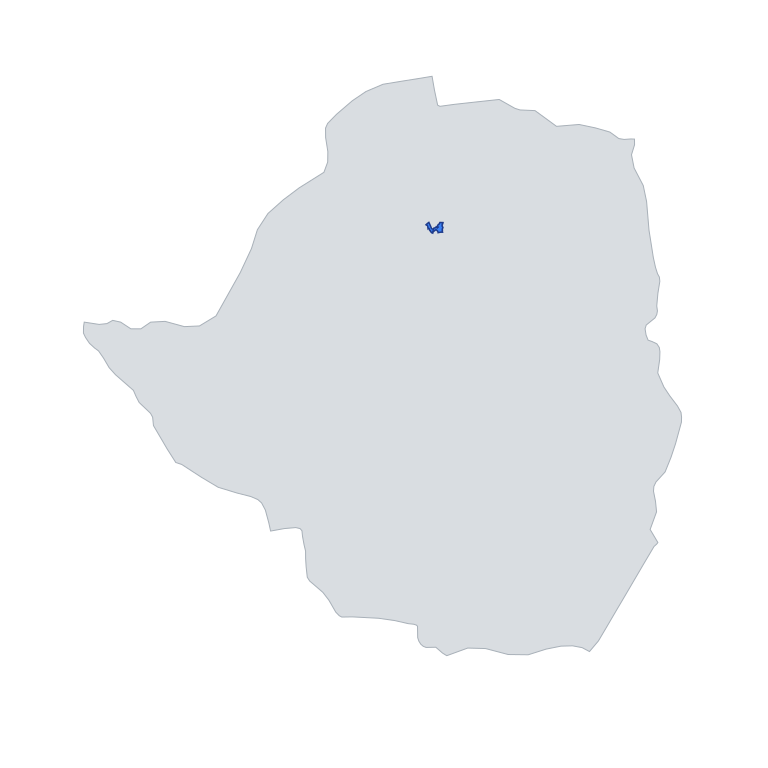 Chinhoyi, Mashonaland West, Zimbabwe shown in context, rotated 351°
{"feature_id": "62879985B33346343467018", "entity_name": "Chinhoyi", "entity_type": "district", "adm_level": 2, "iso_a3": "ZWE", "parent_name": "Zimbabwe", "parent_adm1": "Mashonaland West", "projection": "natural_earth1", "projection_center": [30.145, -17.351], "detail": "fine", "context": "in_parent", "style": "filled", "palette": "blue", "viewbox_px": 768, "rotation_deg": 351, "n_neighbors": 0, "source": "geoboundaries", "source_scale": "gbopen_adm2", "svg_char_len": 3594}
<svg xmlns="http://www.w3.org/2000/svg" viewBox="0 0 768 768"><g transform="rotate(351 384 384)"><path d="M545.1,680.4L538.5,675.4L529.3,672.1L517.8,670.6L502.7,671.2L484.1,674.0L464.3,670.6L443.0,661.2L425.4,657.9L404.3,662.0L403.4,662.1L399.7,658.9L394.0,652.1L384.4,650.8L381.7,649.2L379.6,646.7L378.2,643.4L377.6,639.8L379.2,628.5L378.3,627.2L375.7,625.9L370.5,624.5L357.8,619.4L341.9,614.5L316.0,609.0L305.9,607.6L303.6,605.9L300.7,601.8L295.7,588.8L291.0,580.2L279.8,567.0L278.0,562.9L278.5,552.4L279.3,544.0L280.4,536.8L279.9,530.1L279.7,521.7L280.0,516.1L278.5,513.7L274.4,512.0L262.9,511.2L249.0,511.5L248.5,503.0L247.1,489.9L244.5,482.3L241.3,478.4L234.8,474.3L221.8,468.7L204.1,460.1L189.0,447.5L171.6,431.8L166.1,429.0L159.7,414.3L149.8,389.0L150.3,380.6L148.8,376.4L139.3,364.0L137.2,357.6L135.5,351.1L120.3,332.9L115.1,324.9L111.1,314.7L107.2,306.6L103.9,303.3L99.5,297.8L96.5,291.4L95.1,286.7L96.2,280.4L97.6,276.0L112.0,280.6L119.8,281.0L126.0,278.7L133.6,281.7L142.6,289.9L152.5,291.5L163.2,286.4L177.6,287.9L195.8,296.1L210.8,297.8L228.7,290.5L244.6,270.3L259.5,251.4L274.3,229.5L283.1,211.8L296.1,197.4L313.4,186.3L330.9,177.0L357.8,165.5L363.1,156.0L364.9,145.7L364.9,131.4L366.3,122.1L369.1,117.8L373.5,114.5L379.3,110.2L397.0,99.3L411.9,92.3L429.9,87.8L449.7,87.7L468.8,87.7L479.6,87.6L479.8,101.4L480.6,117.0L482.7,118.5L497.1,118.8L520.1,119.9L542.3,121.0L556.4,132.2L561.2,134.6L575.9,137.6L594.7,156.5L617.3,158.2L632.8,164.1L646.5,170.5L654.3,178.3L659.4,180.0L666.3,180.6L669.7,181.3L668.9,186.9L664.3,196.3L664.8,209.8L671.1,228.5L671.9,244.8L669.8,273.6L669.8,301.4L670.4,311.3L671.4,317.9L672.7,321.5L672.5,325.7L668.7,337.3L665.6,349.6L665.5,354.6L664.3,358.0L662.0,361.1L652.2,366.8L650.5,370.3L650.5,376.6L651.7,382.0L655.4,384.0L659.8,387.0L661.6,391.0L661.6,395.2L660.1,403.0L656.1,415.9L660.0,430.8L664.4,440.4L670.4,451.6L672.9,458.5L672.7,463.4L671.8,468.2L662.6,488.6L656.0,501.3L647.9,514.8L637.3,523.3L634.5,527.4L633.4,532.1L633.8,542.3L633.2,552.9L624.1,569.3L629.7,583.4L628.4,584.7L625.3,586.7L612.2,602.5L599.0,618.6L589.4,630.3L578.4,643.6L566.1,658.6L555.6,671.3L545.1,680.4Z" fill="#d9dde1" stroke="#a8b0b8" stroke-width="1"/><path d="M467.5,233.8L464.5,233.2L463.3,234.8L462.5,235.0L461.2,236.6L462.1,237.5L461.1,238.2L460.6,237.7L460.0,237.0L459.5,237.6L457.5,237.9L457.0,239.1L455.3,237.9L454.7,235.4L454.0,232.8L453.6,231.4L452.0,232.2L450.4,233.3L450.6,233.6L450.8,233.6L451.0,233.7L451.1,233.8L451.3,233.9L451.3,234.0L451.5,234.2L451.5,234.3L451.7,234.5L451.8,234.7L451.8,234.8L451.9,235.0L451.9,235.3L451.9,235.5L451.8,235.8L451.8,236.0L451.8,236.7L451.8,236.8L451.8,237.2L452.0,237.0L452.3,237.0L452.7,237.4L452.8,237.5L452.9,237.8L453.0,238.0L452.8,238.2L453.0,238.8L453.0,239.0L453.3,239.5L453.6,239.6L453.8,239.9L453.8,240.0L453.7,240.4L453.9,240.8L454.1,241.2L454.4,241.5L454.5,241.5L454.7,241.9L455.0,242.0L455.2,242.4L455.5,242.3L455.6,242.2L455.6,242.3L455.8,242.5L456.1,241.9L455.9,241.6L456.3,240.6L457.0,241.0L459.5,239.7L460.5,240.8L461.2,242.3L461.1,243.0L461.5,243.0L463.7,242.9L465.6,243.2L465.6,242.9L465.4,242.7L465.4,242.4L465.5,241.7L465.6,241.4L465.8,241.3L465.8,241.2L465.6,240.9L465.6,240.7L465.9,240.2L465.9,239.8L466.1,239.6L466.2,239.4L466.4,239.1L466.6,239.0L466.7,238.8L466.7,238.7L466.4,237.8L466.4,237.7L466.2,237.4L466.1,237.2L466.2,236.9L466.3,236.8L466.3,236.7L466.2,236.5L466.2,236.4L466.2,236.2L466.3,236.0L466.5,235.3L466.5,235.2L466.8,235.0L466.9,234.9L467.0,234.9L467.0,234.7L467.1,234.4L467.3,234.3L467.3,234.2L467.5,233.8L467.5,233.8Z" fill="#3b82f6" stroke="#1e3a8a" stroke-width="1.5"/></g></svg>